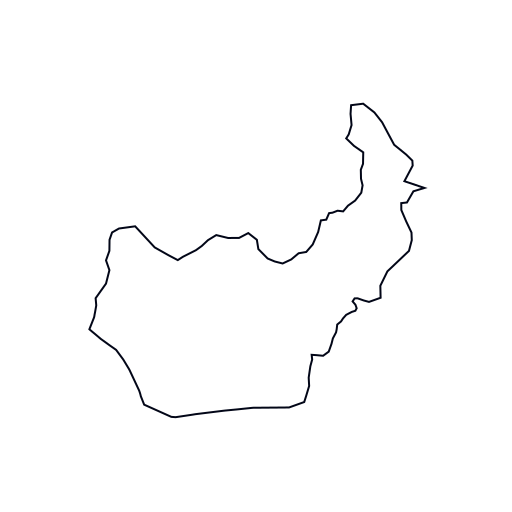 outline of Psevdas, Larnaca, Cyprus, rotated 218°
{"feature_id": "46923920B98368391425464", "entity_name": "Psevdas", "entity_type": "district", "adm_level": 2, "iso_a3": "CYP", "parent_name": "Cyprus", "parent_adm1": "Larnaca", "projection": "equal_earth", "projection_center": [33.47, 34.949], "detail": "fine", "context": "isolated", "style": "outline", "palette": "ink", "viewbox_px": 512, "rotation_deg": 218, "n_neighbors": 0, "source": "geoboundaries", "source_scale": "gbopen_adm2", "svg_char_len": 1801}
<svg xmlns="http://www.w3.org/2000/svg" viewBox="0 0 512 512"><g transform="rotate(218 256 256)"><path d="M128.1,170.6L130.2,176.3L134.1,186.3L139.6,192.6L145.3,202.6L148.0,209.0L151.3,212.4L147.3,215.1L141.7,218.7L139.8,225.4L142.4,233.2L144.7,238.4L145.9,245.1L147.3,247.9L149.8,252.0L148.7,256.8L149.0,260.4L148.7,265.2L146.1,270.9L144.0,274.0L144.5,276.8L147.6,278.8L151.9,279.7L152.2,283.3L149.9,285.2L143.7,287.3L138.7,289.4L132.1,299.8L139.7,309.1L143.0,324.8L138.6,354.2L143.0,364.4L147.9,370.2L158.9,375.7L169.8,381.7L174.1,387.1L170.0,391.1L171.8,403.9L165.2,413.3L185.1,406.3L188.2,423.7L191.5,427.4L200.1,428.4L215.6,428.7L228.1,434.2L238.9,439.0L251.1,442.0L265.3,442.0L273.9,433.4L273.7,433.1L269.0,426.2L261.3,418.0L257.8,408.9L257.3,404.2L246.5,403.1L235.3,403.7L228.4,394.5L226.5,388.5L220.8,381.5L215.5,377.3L212.0,370.7L212.0,365.8L212.0,360.7L214.5,352.3L214.8,344.8L219.6,341.9L222.4,337.2L224.8,334.8L223.0,327.9L226.8,324.0L221.8,313.2L218.4,300.0L218.9,290.1L224.1,284.4L226.1,275.0L230.4,266.5L237.9,263.2L245.3,261.2L258.4,262.9L265.3,269.3L276.2,269.3L280.5,259.8L289.1,253.0L300.2,248.0L303.6,238.9L304.9,230.5L306.9,223.6L313.1,210.4L315.1,204.6L325.7,202.7L341.1,200.4L369.5,205.0L380.9,193.3L383.6,186.7L383.9,185.9L381.4,178.6L374.7,169.8L371.5,160.2L362.8,154.6L357.2,141.9L356.4,124.0L352.0,119.3L351.4,118.6L348.1,112.4L347.0,110.2L346.6,109.5L346.5,109.4L345.9,108.1L345.6,107.2L342.2,95.7L341.0,95.6L339.9,95.6L338.7,95.5L338.0,95.5L334.4,95.4L327.4,95.1L316.5,95.5L308.4,95.9L296.9,92.7L286.4,88.7L285.1,88.1L265.2,78.0L263.2,76.7L261.3,75.3L260.6,74.7L252.6,70.0L223.7,77.1L220.1,79.5L208.7,91.5L206.4,94.0L190.8,109.6L185.6,114.8L176.1,123.8L170.4,129.3L165.0,134.5L139.7,154.6L136.7,157.0L128.1,170.6Z" fill="none" stroke="#020617" stroke-width="2"/></g></svg>